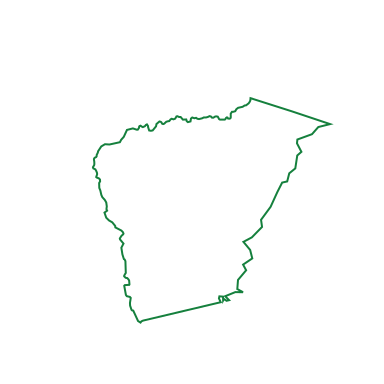 the district of Oconee, South Carolina, United States of America, rotated 36°
{"feature_id": "52423323B77121612808563", "entity_name": "Oconee", "entity_type": "district", "adm_level": 2, "iso_a3": "USA", "parent_name": "United States of America", "parent_adm1": "South Carolina", "projection": "natural_earth1", "projection_center": [-83.156, 34.764], "detail": "fine", "context": "isolated", "style": "outline", "palette": "green", "viewbox_px": 384, "rotation_deg": 36, "n_neighbors": 0, "source": "geoboundaries", "source_scale": "gbopen_adm2", "svg_char_len": 2742}
<svg xmlns="http://www.w3.org/2000/svg" viewBox="0 0 384 384"><g transform="rotate(36 192 192)"><path d="M184.2,81.7L185.4,83.7L185.7,85.4L185.7,87.0L184.8,90.1L183.7,91.1L182.9,93.3L179.8,96.8L179.2,99.0L179.5,101.2L178.2,102.9L177.2,103.6L177.3,105.9L178.8,107.9L179.4,108.7L179.7,109.4L179.5,110.4L178.9,110.9L177.9,111.4L176.9,110.9L176.3,111.2L176.0,112.2L176.2,113.6L175.9,114.2L172.1,117.0L171.1,117.1L168.6,115.9L167.4,116.4L166.4,117.3L165.6,119.3L164.5,120.1L162.9,119.8L161.6,120.3L160.7,122.0L159.5,123.5L157.7,124.8L156.9,126.4L154.8,128.9L153.3,129.6L151.7,129.6L150.6,130.9L148.4,131.6L148.0,133.2L149.3,135.8L147.6,137.9L146.1,137.8L144.7,136.7L142.1,138.8L138.7,138.0L137.5,138.9L135.6,139.3L135.0,140.0L135.2,141.3L135.2,142.7L134.3,144.1L132.5,144.7L132.0,145.8L131.9,148.0L130.8,149.1L129.9,150.3L129.4,152.8L129.1,153.6L128.7,154.0L127.8,154.3L127.1,154.0L126.2,153.6L125.4,153.6L124.2,154.1L123.3,157.9L124.3,160.0L124.0,165.3L122.8,166.6L121.2,167.4L118.3,165.3L117.7,164.5L115.8,163.8L115.3,164.8L115.2,166.5L114.1,168.4L113.0,168.6L112.2,168.6L111.4,168.6L111.1,169.1L110.8,169.5L110.8,170.1L111.4,171.2L111.5,173.4L110.6,174.1L106.8,175.3L102.9,180.0L104.4,187.5L104.0,191.4L104.4,194.1L97.3,202.1L93.5,204.5L91.8,208.5L92.1,214.3L92.5,215.1L92.7,215.7L93.1,218.0L93.9,219.3L93.9,220.1L93.2,221.4L93.1,222.2L93.3,223.0L93.9,223.7L95.1,224.9L95.9,225.9L96.7,227.0L97.1,227.9L97.1,228.1L97.2,229.4L97.3,230.2L98.3,230.9L100.5,230.5L102.4,231.4L103.8,232.3L104.6,233.1L104.9,233.6L105.7,236.2L106.5,236.3L108.6,235.7L110.2,236.0L111.4,237.4L111.6,239.3L114.6,243.2L117.0,244.7L120.3,247.6L122.5,248.9L126.2,249.7L128.8,250.9L131.5,253.7L132.9,256.2L134.3,257.0L133.3,260.1L137.7,263.2L141.6,263.8L145.3,263.4L149.8,264.6L150.8,265.7L157.5,264.7L159.7,265.1L161.0,265.9L161.2,266.7L161.0,267.5L160.7,269.0L160.9,272.0L161.7,272.7L166.9,274.0L167.6,278.6L172.4,283.4L176.3,286.3L177.2,286.2L178.8,287.1L186.0,296.4L186.1,298.0L186.3,299.5L186.7,300.1L188.7,300.4L190.2,299.8L190.3,299.7L192.1,300.1L193.2,300.6L195.7,303.5L195.8,304.0L192.4,306.8L192.3,307.7L199.0,314.1L200.5,314.6L203.4,313.4L204.7,313.7L206.6,317.4L207.0,318.2L208.7,320.3L212.2,322.8L213.0,323.0L214.2,322.5L224.2,328.1L227.1,327.9L227.1,326.4L228.0,324.8L280.0,264.3L276.3,262.2L275.5,260.3L278.6,258.4L281.0,261.5L280.8,259.8L283.9,259.7L285.6,257.7L280.1,256.8L285.9,247.5L292.2,243.1L285.7,243.9L280.9,236.1L281.8,223.5L276.0,220.7L279.8,210.3L273.1,204.7L262.9,202.1L267.1,193.5L269.2,179.1L264.2,173.9L264.3,157.8L261.1,142.0L259.4,131.4L262.8,127.5L259.7,119.7L261.7,112.2L255.7,100.6L256.9,95.2L248.3,90.9L246.4,87.6L255.1,74.7L256.0,65.2L263.8,55.9L225.2,68.1L221.9,69.2L184.2,81.7Z" fill="none" stroke="#15803d" stroke-width="2"/></g></svg>